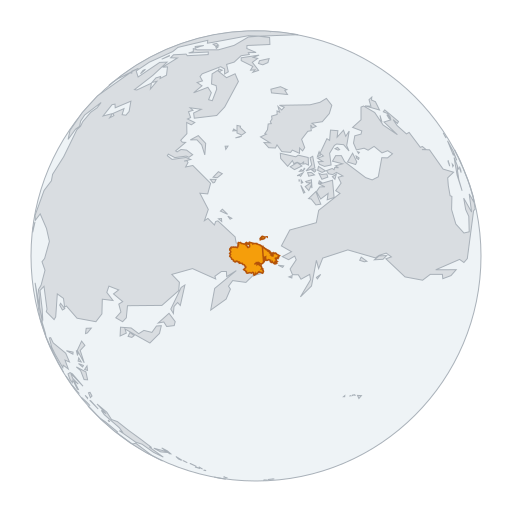 Chukchi Autonomous Okrug highlighted on a globe, orthographic projection
{"feature_id": "RUS-2321", "entity_name": "Chukchi Autonomous Okrug", "entity_type": "Autonomous Province", "adm_level": 1, "iso_a3": "RUS", "parent_name": "Russia", "parent_adm1": "", "projection": "orthographic", "projection_center": [175.436, 66.707], "detail": "fine", "context": "on_globe", "style": "filled", "palette": "amber", "viewbox_px": 512, "rotation_deg": 0, "n_neighbors": 0, "source": "natural_earth", "source_scale": "10m", "svg_char_len": 18135}
<svg xmlns="http://www.w3.org/2000/svg" viewBox="0 0 512 512"><circle cx="256" cy="256" r="225" fill="#eef3f6" stroke="#a8b0b8"/><path d="M273.2,478.9L273.5,479.0L273.2,479.1L273.2,478.9ZM460.2,160.8L456.2,153.0L454.7,149.8L460.2,160.8ZM470.2,186.1L469.9,185.4L471.0,189.2L473.2,196.3L475.2,209.1L473.6,210.7L467.3,258.6L463.9,262.5L459.6,259.4L435.7,269.8L456.2,269.7L451.0,275.6L442.8,278.7L442.4,274.4L430.2,274.4L422.6,280.2L405.0,276.9L385.9,258.8L391.4,256.9L386.2,253.1L379.0,255.4L375.5,257.9L347.8,249.9L322.7,258.1L318.6,268.6L316.4,260.3L311.5,286.0L300.4,296.9L310.5,279.8L309.7,274.4L301.0,279.2L298.3,274.8L292.5,274.7L290.1,269.0L296.2,259.8L294.7,256.1L288.6,259.7L282.3,256.6L291.5,251.7L281.4,245.9L289.8,230.0L316.3,222.7L318.7,210.3L340.0,193.4L335.7,190.7L341.1,183.1L338.2,177.2L342.9,176.0L336.5,172.4L332.7,174.6L328.6,173.8L326.5,170.6L332.2,168.5L334.1,169.7L334.7,167.5L338.5,167.8L335.4,165.9L342.6,163.8L332.5,161.2L335.7,155.6L341.3,155.6L344.6,161.7L365.6,177.6L372.2,179.9L378.3,176.8L381.8,157.7L387.5,157.9L392.5,153.8L387.7,150.7L382.0,152.9L374.1,146.4L368.1,150.2L364.1,148.2L356.4,149.9L353.5,143.1L354.8,135.8L361.0,134.1L361.8,130.9L352.6,127.4L361.0,119.8L361.0,107.1L363.6,106.0L374.7,112.5L383.1,125.0L397.4,134.7L384.0,122.0L390.8,119.9L390.2,117.0L387.5,113.5L383.3,111.8L384.7,109.9L398.5,121.5L397.4,123.4L393.1,119.6L397.1,125.6L406.4,133.9L409.1,132.4L420.3,147.3L422.4,146.5L426.0,149.5L421.9,149.6L429.5,149.8L443.1,169.1L453.6,172.2L447.7,177.8L448.3,185.6L450.1,195.7L451.9,196.4L451.6,209.6L455.8,224.0L463.9,233.0L469.2,231.8L468.8,216.4L465.7,209.6L463.7,198.1L471.6,212.1L469.2,193.9L473.2,201.0L473.4,198.3L470.6,188.4L468.1,180.3L464.2,170.6L458.8,158.5L460.7,162.0L470.2,186.1ZM358.9,398.5L357.5,395.4L361.4,395.6L358.9,398.5ZM354.6,394.7L355.5,395.5L354.3,395.1L354.6,394.7ZM352.4,395.1L354.0,394.8L352.2,395.6L352.4,395.1ZM349.4,396.2L351.0,395.5L350.8,395.7L349.4,396.2ZM457.1,175.2L454.1,157.5L458.8,169.5L457.4,166.7L457.5,170.7L458.8,179.5L462.1,190.8L457.1,175.2ZM344.7,396.7L343.5,396.7L344.8,395.6L344.7,396.7ZM448.9,162.8L449.7,166.2L448.5,162.7L448.9,162.8ZM374.4,259.8L379.1,255.9L386.6,255.6L383.0,259.3L374.4,259.8ZM359.7,260.3L361.2,257.1L366.9,261.3L364.3,261.8L359.7,260.3ZM316.4,277.4L320.7,274.4L317.4,278.9L316.4,277.4ZM292.1,275.6L291.8,278.0L288.9,276.9L292.1,275.6ZM358.5,153.5L357.5,151.7L359.4,152.3L358.5,153.5ZM356.1,156.0L359.1,158.0L358.4,159.5L356.6,158.2L356.1,156.0ZM282.6,267.4L278.1,265.2L283.7,265.9L282.6,267.4ZM352.6,153.2L356.8,161.9L355.6,164.5L347.5,162.0L352.6,153.2ZM276.2,262.9L265.3,257.9L263.6,262.5L262.4,246.9L272.1,256.1L279.2,256.1L275.5,259.1L276.2,262.9ZM332.4,176.7L336.3,174.2L334.9,179.3L332.4,176.7ZM332.5,180.2L334.1,197.4L327.2,199.8L328.1,193.4L320.7,199.0L316.5,191.6L319.7,186.9L324.9,186.8L319.3,184.1L332.5,180.2ZM263.5,239.2L261.8,236.7L264.8,237.6L263.5,239.2ZM326.8,173.9L327.8,177.1L321.9,179.3L318.9,173.3L321.8,174.5L326.8,173.9ZM320.8,204.2L315.9,204.9L311.2,199.0L308.6,198.6L315.8,191.6L320.8,204.2ZM322.1,172.4L317.6,170.3L318.5,166.4L325.5,170.9L322.1,172.4ZM321.6,182.4L318.6,183.2L319.3,180.8L321.6,182.4ZM319.1,151.7L320.4,155.3L317.4,156.7L319.1,151.7ZM315.9,169.7L315.6,171.1L314.5,172.1L311.8,170.0L315.9,169.7ZM312.0,188.1L311.1,185.6L308.8,190.6L305.2,186.6L310.7,182.8L306.8,182.7L305.7,181.5L311.4,179.8L312.0,188.1ZM306.0,170.9L311.7,164.9L310.1,157.8L312.7,156.3L314.9,168.0L306.0,170.9ZM308.7,176.2L307.6,172.6L311.4,172.5L314.5,174.9L308.7,176.2ZM300.8,185.3L304.9,192.4L303.6,193.1L300.8,185.3ZM304.8,168.8L303.4,170.3L304.2,168.3L304.8,168.8ZM301.2,180.2L302.8,182.6L301.3,183.2L301.2,180.2ZM299.4,171.4L301.2,169.5L303.4,171.0L299.4,171.4ZM299.6,175.5L297.1,175.7L303.0,172.8L300.6,176.4L299.6,175.5ZM299.4,180.4L299.1,181.6L299.0,179.3L299.4,180.4ZM290.2,166.8L297.2,162.6L301.9,166.0L294.5,169.6L290.2,166.8ZM298.2,34.7L260.4,36.1L248.3,35.7L212.4,42.4L207.4,43.2L207.8,40.3L177.9,47.4L172.7,51.6L149.3,62.2L136.2,71.0L138.1,77.0L159.7,62.4L167.1,62.1L152.8,75.4L134.5,89.6L136.8,90.0L151.4,83.2L150.4,89.0L156.9,81.3L151.9,82.5L155.9,77.9L160.6,76.5L160.1,78.5L166.5,75.2L167.5,66.9L162.6,67.2L177.4,58.0L170.6,57.8L173.5,54.8L186.1,54.1L187.3,55.7L208.2,54.6L208.3,52.0L188.6,53.0L193.3,51.6L193.3,48.6L197.1,49.8L218.5,49.8L234.1,45.4L248.4,37.0L258.6,36.2L269.6,37.5L269.9,44.5L247.0,45.5L246.8,48.5L256.1,52.5L248.3,52.6L249.3,54.5L241.1,55.7L234.2,62.1L226.6,64.4L228.3,71.8L224.6,74.0L224.6,68.9L220.6,66.7L202.2,73.8L200.0,76.5L202.5,80.9L197.1,82.5L202.0,85.8L193.6,92.8L207.9,87.3L211.3,92.7L208.6,99.7L212.3,100.7L216.7,89.2L216.1,85.6L211.5,84.0L212.1,73.9L217.5,70.5L226.5,77.7L235.1,73.8L238.4,81.5L224.7,107.0L216.7,115.5L194.3,118.2L193.6,113.0L201.3,109.3L190.1,107.8L193.0,110.3L188.5,111.7L190.6,117.6L187.5,119.0L194.8,122.5L191.3,124.8L186.7,122.5L186.9,133.7L180.7,140.3L182.3,142.2L185.6,142.4L175.6,150.9L177.1,151.9L181.0,149.5L186.6,150.1L192.7,154.7L188.9,157.3L186.2,156.1L174.8,157.6L168.3,154.1L167.3,155.7L172.1,159.4L186.0,157.5L190.7,159.5L184.1,161.1L186.9,160.7L188.0,162.5L185.6,167.0L192.8,165.5L210.6,183.3L207.7,193.9L199.9,193.2L208.3,209.4L204.4,220.7L207.9,218.4L214.4,225.0L215.7,221.5L217.9,220.9L235.1,236.9L236.2,243.0L247.6,247.8L249.5,246.7L249.3,242.4L262.4,246.9L263.6,262.5L259.3,264.2L262.9,273.1L252.7,275.8L245.9,282.4L232.7,280.6L228.5,286.2L230.4,289.1L226.1,299.1L210.7,310.1L214.7,288.4L236.3,270.6L226.7,276.6L226.4,271.5L221.4,271.5L214.9,276.2L215.7,279.0L192.5,268.6L171.8,274.4L179.4,282.3L178.7,290.6L161.9,305.4L127.5,305.7L126.3,317.8L122.6,321.7L115.8,317.8L120.9,312.0L118.8,304.1L122.7,301.6L113.5,293.9L118.7,289.9L108.9,286.1L106.8,292.4L113.0,300.5L102.3,299.2L101.9,313.9L95.9,321.7L77.0,318.2L66.4,306.0L64.6,307.1L63.5,298.4L57.3,293.9L55.7,316.9L54.1,319.6L46.3,311.7L47.0,309.2L44.0,286.3L40.0,290.4L42.2,309.4L42.8,320.6L39.6,308.5L39.4,298.0L38.4,289.7L41.1,285.1L45.0,270.3L42.0,261.7L44.6,258.5L49.4,241.4L46.5,228.5L40.2,213.9L35.4,220.2L35.0,215.5L44.1,190.4L51.4,180.8L52.6,174.3L63.7,156.7L76.9,129.7L80.6,126.2L82.7,121.7L90.7,112.3L97.1,107.8L101.1,102.5L84.7,115.0L80.6,121.1L79.6,126.3L75.6,129.1L68.1,139.4L70.0,130.3L82.3,112.5L97.0,96.4L97.7,95.7L130.4,72.6L131.1,73.2L131.3,73.1L131.9,73.0L131.8,71.2L138.4,68.3L117.8,78.8L113.0,81.9L108.8,85.4L122.1,74.9L136.0,65.3L150.6,56.9L165.9,49.5L181.6,43.4L197.7,38.4L214.2,34.6L230.9,32.1L247.8,30.9L264.7,30.9L281.5,32.2L298.2,34.7ZM270.1,32.2L270.3,31.8L270.1,32.2ZM112.0,104.7L103.0,116.0L112.4,113.6L109.7,117.8L113.9,115.6L113.1,113.4L124.0,108.6L122.1,114.7L125.9,115.2L129.1,111.5L130.9,101.2L115.2,107.8L115.0,104.1L112.0,104.7ZM461.1,172.6L459.7,168.3L459.5,166.6L460.8,170.1L461.1,172.6ZM445.5,137.2L443.2,132.9L446.3,138.0L445.5,137.2ZM453.2,154.8L447.5,140.8L453.4,151.5L456.8,160.4L453.6,153.3L453.2,154.8ZM452.8,166.6L452.3,164.1L453.5,165.5L452.8,166.6ZM448.1,160.3L448.5,161.4L448.1,162.3L448.1,160.3ZM390.0,119.2L388.9,118.3L386.8,114.7L389.2,116.4L390.0,119.2ZM369.0,99.7L371.8,97.1L371.5,100.0L375.4,101.7L379.5,110.0L365.1,105.9L370.9,106.2L369.0,99.7ZM381.0,120.5L380.0,115.4L381.7,121.1L381.0,120.5ZM262.8,64.8L258.5,63.5L259.5,60.7L269.1,58.6L267.9,62.6L262.8,64.8ZM252.3,62.3L258.6,70.4L252.8,72.3L255.0,69.8L250.5,70.2L252.8,66.4L241.2,60.6L241.2,57.8L259.1,55.1L253.2,57.4L257.7,58.4L252.3,62.3ZM284.8,90.3L287.5,94.5L271.5,92.9L270.9,89.2L280.5,86.7L286.9,89.7L284.8,90.3ZM337.5,147.4L339.6,149.6L338.0,150.1L335.0,148.7L337.5,147.4ZM320.0,153.3L326.9,138.7L329.6,140.4L330.5,130.1L337.9,130.7L337.1,137.2L343.5,130.2L345.7,136.3L349.2,131.1L346.7,145.6L349.0,151.0L343.6,144.7L336.7,144.0L334.4,145.4L329.6,153.3L331.1,165.0L324.5,166.4L319.5,164.3L318.1,161.7L322.8,161.5L317.6,158.2L323.4,156.0L320.0,153.3ZM264.0,142.5L270.0,142.8L260.5,136.9L266.3,134.2L264.8,133.7L267.5,129.7L268.2,124.0L271.3,123.6L270.3,121.6L272.0,119.0L271.6,116.1L277.1,114.5L277.0,110.9L279.6,112.2L278.0,106.5L281.7,110.0L284.3,107.2L279.4,105.3L310.0,104.8L320.0,102.3L326.4,98.4L331.8,105.3L329.3,113.6L322.3,121.7L311.9,123.3L316.2,126.3L312.5,128.0L310.7,124.9L311.3,130.7L307.8,131.3L301.6,139.3L304.7,147.6L302.6,150.9L299.6,148.0L299.5,153.3L292.3,150.1L290.6,152.4L281.8,151.6L277.0,144.9L275.4,148.0L268.7,147.7L264.0,142.5ZM287.7,166.3L280.7,158.5L280.3,153.3L295.8,156.8L298.3,155.2L308.2,157.5L308.5,165.1L305.6,163.7L302.9,164.1L303.9,161.6L301.1,164.0L297.1,162.2L293.8,163.6L292.4,160.6L287.7,166.3ZM203.8,45.5L200.3,46.4L195.2,48.2L195.2,46.5L203.8,45.5ZM218.5,45.2L215.6,46.1L213.1,44.2L216.7,43.4L218.5,45.2ZM216.3,48.4L215.7,46.3L218.2,46.9L216.3,48.4ZM222.2,70.2L219.4,71.7L218.3,70.9L218.8,68.9L222.2,70.2ZM237.0,125.4L240.5,126.2L240.2,127.5L245.5,132.5L241.7,135.0L237.0,133.0L237.0,125.4ZM140.5,73.7L143.0,70.4L145.5,69.3L144.2,70.6L140.5,73.7ZM169.4,56.0L161.7,59.2L169.4,55.5L169.4,56.0ZM233.7,129.0L236.3,130.7L232.8,130.9L233.7,129.0ZM239.2,137.2L235.4,137.9L241.8,135.9L239.2,137.2ZM70.8,383.5L75.0,389.3L70.8,383.5ZM66.3,376.5L70.7,382.9L65.9,376.2L66.3,376.5ZM72.5,385.4L77.0,391.1L79.0,393.2L78.9,393.4L72.5,385.4ZM63.5,372.2L50.3,347.6L45.7,336.7L46.3,337.6L53.7,354.0L63.5,372.2ZM45.9,336.8L39.7,317.2L35.1,282.8L36.6,290.9L42.2,321.2L41.8,321.1L45.5,333.7L45.9,336.8ZM63.2,365.2L62.8,367.7L55.0,354.0L51.7,347.2L49.4,337.9L50.7,337.7L53.2,342.9L65.7,353.2L69.5,362.0L65.0,360.1L68.3,369.0L63.2,365.2ZM35.0,222.0L32.7,232.3L32.8,228.5L35.0,222.0ZM72.9,354.2L66.4,350.7L73.1,352.1L72.9,354.2ZM78.2,352.9L77.5,355.5L76.3,350.4L78.2,352.9ZM62.4,310.0L59.7,305.1L60.6,303.3L64.8,308.6L62.4,310.0ZM91.3,328.1L87.4,332.9L85.5,333.6L86.2,328.3L91.3,328.1ZM204.8,154.9L201.7,144.9L196.9,139.8L190.3,139.9L198.3,135.6L205.7,143.4L204.8,154.9ZM210.3,179.4L216.1,179.4L214.6,182.4L213.0,182.9L210.3,179.4ZM213.1,177.2L218.4,171.7L222.3,173.7L217.3,177.7L213.1,177.2ZM225.8,149.4L225.1,146.2L228.0,146.1L225.8,149.4ZM88.0,406.0L89.3,407.5L99.9,418.3L105.0,421.5L117.4,431.8L116.3,432.3L132.2,444.1L135.7,443.2L152.6,456.0L162.5,461.0L145.9,452.5L130.0,442.8L115.0,431.7L100.9,419.4L88.0,406.0ZM214.2,477.1L217.8,477.8L225.8,479.2L219.8,478.3L214.2,477.1ZM264.4,479.9L267.6,480.1L263.3,480.3L264.4,479.9ZM273.2,479.1L267.9,479.5L273.2,478.9L273.2,479.1ZM225.0,477.4L227.5,477.9L226.3,477.9L225.0,477.4ZM223.4,477.0L224.5,476.8L225.2,477.3L223.4,477.0ZM203.5,470.2L205.0,470.2L206.1,470.7L203.5,470.2ZM81.4,397.3L86.6,402.0L90.1,405.7L81.4,397.3ZM200.1,468.6L195.5,467.2L195.7,466.9L200.1,468.6ZM199.7,467.6L198.8,466.8L202.6,469.1L199.7,467.6ZM190.4,463.5L196.4,466.4L189.9,463.5L190.4,463.5ZM187.3,462.7L183.4,460.8L183.5,460.7L187.3,462.7ZM149.4,447.1L163.3,457.1L153.5,452.3L142.0,444.2L135.6,442.1L119.3,430.7L122.3,431.8L119.4,427.8L104.3,414.7L101.3,410.4L106.1,413.7L97.0,404.0L106.9,412.3L111.5,419.5L117.4,421.6L128.7,430.5L140.7,439.2L151.6,447.5L149.4,447.1ZM108.1,420.0L109.9,421.6L108.6,421.2L108.1,420.0ZM175.9,456.5L181.6,460.0L181.1,460.2L178.5,459.0L175.9,456.5ZM153.8,448.2L165.0,451.2L167.9,452.5L160.7,451.9L153.8,448.2ZM161.7,447.9L167.4,450.9L170.8,453.8L169.7,453.8L161.7,447.9ZM87.7,397.9L87.5,398.5L85.1,395.3L87.7,397.9ZM90.6,400.6L98.2,409.0L90.1,400.7L90.6,400.6ZM70.9,373.6L72.7,378.3L78.3,384.1L74.0,380.7L78.4,389.5L77.4,389.2L72.9,380.2L72.3,382.7L69.9,379.3L68.0,373.9L70.1,372.6L72.5,373.9L83.0,386.2L70.9,373.6ZM90.4,397.6L88.5,392.8L90.0,392.3L92.0,396.0L90.4,397.6ZM84.1,379.6L80.6,370.6L76.3,366.9L85.9,371.9L87.6,379.8L84.1,379.6ZM82.6,367.0L78.5,363.6L83.4,365.4L82.6,367.0ZM78.1,361.1L78.7,357.9L81.3,362.0L78.1,361.1ZM84.6,369.5L87.0,365.9L87.5,370.4L84.6,369.5ZM80.2,350.4L84.2,362.8L77.3,350.4L81.6,341.1L84.9,345.4L80.2,350.4ZM128.1,336.4L129.9,332.5L134.2,335.6L131.8,337.4L128.1,336.4ZM149.9,343.0L135.9,335.2L125.0,329.0L126.3,333.1L120.1,336.0L120.5,327.2L131.2,328.0L138.7,333.7L143.9,330.4L151.9,332.4L156.5,326.0L161.3,325.7L159.5,333.4L149.9,343.0ZM158.2,323.0L169.0,313.3L175.2,321.6L174.2,325.6L166.7,326.5L163.8,322.0L158.2,323.0ZM173.4,313.5L170.8,309.1L181.2,287.4L184.9,285.0L180.3,305.5L177.6,302.5L174.0,306.5L173.4,313.5ZM260.2,238.6L261.7,236.9L261.9,239.6L260.2,238.6ZM218.5,218.8L221.5,218.5L221.7,221.5L218.5,218.8ZM230.1,219.2L227.8,216.1L231.8,218.3L230.1,219.2ZM222.4,209.2L227.6,214.3L220.4,211.1L222.4,209.2Z" fill="#d9dde1" stroke="#a8b0b8" stroke-width="1"/><path d="M238.4,242.5L240.2,242.8L240.6,242.5L241.5,243.5L242.7,243.6L244.3,244.2L245.7,243.3L246.0,243.6L245.8,243.8L246.2,244.3L246.0,244.9L246.1,245.5L247.5,246.3L247.5,247.2L247.7,247.5L248.8,247.4L249.2,247.7L248.9,247.2L249.2,247.0L249.3,247.4L249.3,247.0L249.7,246.5L249.8,246.7L250.0,246.6L249.8,246.6L249.7,246.1L249.7,245.6L249.5,245.2L249.4,244.4L248.8,244.3L248.9,244.0L249.4,243.7L249.4,243.0L249.5,242.4L249.3,242.3L249.4,242.2L252.4,243.1L253.0,243.7L253.0,243.9L253.3,243.7L252.9,243.4L253.1,243.2L254.0,243.6L256.4,243.5L256.1,243.6L256.8,244.0L257.0,243.8L256.5,243.5L256.9,243.5L257.1,243.8L257.8,244.3L260.6,245.2L261.0,245.6L260.5,245.4L260.5,245.6L261.3,245.8L262.4,246.8L261.8,246.4L262.0,246.7L262.4,246.8L263.6,262.2L263.2,262.4L262.8,263.2L261.3,264.2L261.1,264.1L261.6,263.8L259.7,263.7L259.3,263.3L259.4,263.2L259.3,262.9L258.5,262.4L257.4,262.5L257.8,262.7L258.5,262.5L259.1,263.4L258.7,263.6L258.0,263.2L257.7,263.4L257.0,262.9L256.5,263.5L255.3,263.6L254.8,263.9L254.3,263.9L254.9,264.0L255.4,263.6L256.5,263.6L257.1,263.0L257.7,263.8L257.2,264.2L257.1,264.3L257.1,264.5L257.7,263.9L258.2,264.4L258.6,263.8L259.4,263.6L259.3,264.4L259.4,264.9L260.1,265.6L260.7,265.7L260.8,265.1L260.7,264.8L261.4,266.4L261.2,266.2L261.1,266.5L261.3,266.6L261.1,266.6L261.5,266.7L261.8,268.0L261.5,267.8L261.8,268.0L261.1,268.0L261.7,268.2L261.8,268.5L261.6,268.8L262.0,268.7L261.8,268.3L261.8,268.1L262.3,269.1L262.0,268.8L261.9,269.0L263.0,269.8L263.1,270.1L262.8,270.4L263.3,270.8L263.5,271.5L263.2,272.2L262.7,272.4L262.8,272.9L262.6,273.2L260.8,272.3L259.4,272.2L259.4,271.5L259.6,271.2L259.2,271.7L258.8,271.0L258.9,271.4L258.7,271.8L258.9,272.2L259.3,272.1L258.2,272.4L257.5,273.2L255.8,274.2L255.7,273.8L255.5,274.4L254.8,274.8L254.8,274.7L254.5,274.5L254.7,274.9L254.2,275.2L254.2,274.5L254.0,274.1L253.6,274.2L253.6,273.7L253.4,273.4L253.6,273.1L253.5,272.7L253.2,272.7L252.8,272.3L251.4,272.9L251.3,273.1L249.9,272.5L248.8,273.0L248.3,272.8L247.6,273.2L246.6,273.0L246.1,271.9L246.3,271.5L245.9,271.5L244.8,270.1L244.4,270.2L243.6,269.6L245.1,268.0L245.6,267.8L245.8,267.5L245.8,266.9L245.5,266.6L245.5,266.3L244.7,265.9L244.6,265.3L244.2,264.7L242.9,264.5L242.2,263.3L241.5,263.5L240.5,263.1L239.9,263.2L240.0,263.0L239.7,262.4L239.2,262.3L239.1,261.9L238.7,261.9L238.6,262.5L238.4,262.4L238.3,262.1L237.4,261.3L236.8,261.5L236.3,261.1L235.9,261.5L235.5,261.5L235.5,261.9L235.3,262.0L234.8,261.9L234.6,261.5L233.4,260.9L233.4,260.2L232.8,259.5L231.6,259.1L231.2,257.6L229.7,256.3L229.9,255.7L230.6,254.6L229.6,253.4L230.4,252.5L230.7,252.3L230.8,251.5L229.7,250.0L229.7,249.7L229.9,249.4L229.8,249.0L230.0,248.6L230.3,248.3L230.9,248.4L230.7,247.8L231.1,247.2L231.4,247.1L233.4,247.2L233.6,247.0L235.2,247.3L235.9,247.0L237.2,247.7L237.4,247.6L237.6,247.0L237.9,246.7L237.9,245.9L238.3,245.7L238.0,245.1L238.0,244.7L238.5,244.4L238.1,243.5L238.2,243.3L238.1,243.0L238.4,242.5ZM262.4,246.8L263.0,247.1L263.1,246.8L263.4,247.4L264.1,247.6L264.7,248.2L264.3,247.9L264.4,248.4L265.4,248.8L265.6,249.1L265.4,249.4L265.9,249.0L264.9,248.3L266.3,249.2L265.9,249.3L266.1,249.6L266.5,249.3L266.8,249.5L266.6,249.5L266.9,249.6L267.7,250.1L267.4,250.3L267.8,250.6L268.3,250.5L267.8,250.1L268.8,250.6L268.5,250.8L268.6,251.1L268.2,251.3L268.5,251.5L269.3,251.6L268.7,251.1L268.9,250.7L269.8,251.2L269.8,251.4L270.1,251.8L270.0,251.7L270.1,252.1L269.9,252.4L270.2,252.5L270.4,252.1L270.2,251.9L270.7,252.3L270.8,252.5L270.7,252.6L270.7,253.6L271.1,254.0L271.3,254.7L270.9,255.0L271.8,255.4L271.9,255.6L271.8,255.9L272.0,256.1L271.9,256.4L272.3,255.9L272.2,255.6L272.5,255.5L272.7,256.0L272.7,256.5L272.9,256.1L272.7,256.0L273.0,255.8L273.0,255.6L272.0,255.2L272.5,254.7L272.1,253.6L271.2,253.4L272.6,252.9L272.9,253.0L273.0,253.0L273.5,253.1L273.2,253.1L273.4,253.2L273.2,253.4L273.3,254.0L273.6,253.8L273.4,253.6L273.5,253.3L273.6,253.5L274.1,253.6L274.7,253.3L273.6,253.1L275.6,253.0L275.7,253.3L275.8,253.5L276.3,253.6L276.4,254.0L278.2,255.0L277.9,255.4L278.4,255.1L278.7,255.4L278.4,255.5L278.9,255.4L279.5,255.7L278.2,256.8L278.4,256.9L278.4,257.2L278.6,257.5L278.5,257.8L278.0,257.8L276.9,257.2L277.4,257.8L277.9,258.0L277.9,258.5L277.5,258.4L276.3,258.8L276.7,258.6L275.9,258.6L275.9,258.4L275.7,258.3L275.7,258.1L274.8,258.2L275.6,258.5L275.8,258.9L275.7,258.9L275.8,259.1L276.2,258.8L276.2,259.7L275.4,259.9L276.2,259.8L276.3,260.3L276.5,260.4L276.2,260.9L275.6,261.5L275.2,261.5L275.0,261.9L275.5,261.6L275.7,261.9L275.3,262.3L275.6,262.2L275.5,262.6L275.7,262.4L276.3,262.5L276.8,263.0L276.2,263.2L275.6,262.9L275.4,263.0L275.8,263.0L275.9,263.5L275.6,263.5L275.7,263.8L275.4,263.9L275.0,263.8L275.0,263.2L274.7,262.5L274.9,262.9L274.9,263.4L274.5,263.7L273.9,263.5L273.7,263.1L273.1,262.7L272.6,262.5L272.6,262.1L272.4,261.8L272.4,262.2L272.1,262.3L272.0,262.0L272.0,262.4L271.3,262.5L271.2,262.4L271.3,262.2L270.4,261.7L270.5,261.5L270.4,261.4L270.5,261.1L270.2,260.7L270.1,260.1L269.9,260.0L268.3,259.6L267.7,260.3L265.9,260.4L265.8,260.2L265.9,259.4L265.6,259.4L264.9,258.2L265.4,258.3L265.4,257.9L265.6,257.8L265.5,257.3L265.6,256.8L265.4,256.9L265.2,257.7L264.9,257.8L264.6,257.5L264.6,257.2L264.5,256.8L264.5,257.3L264.1,257.1L264.5,257.7L264.4,257.9L263.9,258.0L263.7,257.8L263.6,258.7L263.7,259.2L264.6,259.9L264.5,260.1L264.6,260.3L264.3,260.8L264.3,261.5L264.1,261.8L263.6,262.2L262.4,246.8ZM261.7,236.8L262.8,236.5L263.7,236.6L265.0,237.7L264.5,238.5L262.5,239.2L261.8,239.0L261.7,236.8ZM261.8,239.0L261.4,239.4L260.8,239.5L260.3,239.8L260.1,238.8L260.4,238.1L261.7,236.8L261.8,239.0ZM247.9,243.3L247.8,243.6L247.6,243.6L247.6,244.0L247.0,244.3L245.6,243.1L246.4,242.4L247.9,243.3ZM276.1,261.4L276.8,261.6L275.9,262.0L276.1,261.4ZM248.5,243.8L249.0,243.7L248.7,244.0L248.5,243.8ZM276.2,262.2L276.2,262.4L275.8,262.3L275.8,262.2L276.2,262.2ZM267.2,236.8L267.2,237.0L266.9,236.8L267.2,236.8Z" fill="#f59e0b" stroke="#b45309" stroke-width="1.5"/></svg>